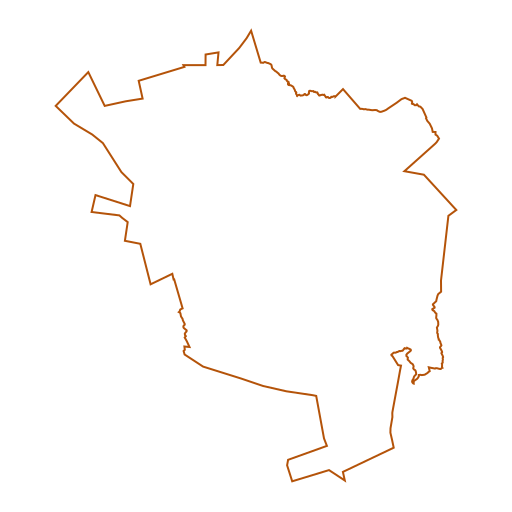 outline of Santa Isabel, Chihuahua, Mexico
{"feature_id": "50627088B95604835904920", "entity_name": "Santa Isabel", "entity_type": "district", "adm_level": 2, "iso_a3": "MEX", "parent_name": "Mexico", "parent_adm1": "Chihuahua", "projection": "mercator", "projection_center": [-106.302, 28.305], "detail": "fine", "context": "isolated", "style": "outline", "palette": "amber", "viewbox_px": 512, "rotation_deg": 0, "n_neighbors": 0, "source": "geoboundaries", "source_scale": "gbopen_adm2", "svg_char_len": 5834}
<svg xmlns="http://www.w3.org/2000/svg" viewBox="0 0 512 512"><path d="M55.7,105.9L74.0,123.6L92.2,134.5L102.9,143.1L121.4,172.1L133.3,184.0L130.0,206.1L95.5,195.1L91.6,212.0L119.4,215.4L122.2,217.9L127.7,222.1L124.9,240.8L140.3,243.8L150.6,284.3L172.3,273.8L173.6,279.5L174.2,279.4L182.6,308.4L181.4,308.9L180.2,309.6L179.6,311.5L178.9,312.1L180.1,312.8L180.3,313.1L180.5,313.6L180.6,314.4L181.0,316.4L181.6,317.4L182.5,318.7L182.9,320.4L184.7,323.9L184.7,324.7L184.3,325.1L183.7,325.6L183.4,326.4L183.4,327.0L183.5,327.5L183.8,328.0L186.6,330.3L186.7,330.9L186.4,331.6L185.8,332.2L185.2,333.0L184.8,333.7L185.0,335.1L185.4,335.4L185.7,335.8L185.8,336.3L185.3,336.7L184.7,337.5L186.8,341.2L189.5,347.0L184.4,346.5L184.8,349.8L183.6,351.0L184.6,354.5L203.1,366.6L241.0,378.5L263.1,386.0L286.4,391.3L312.8,395.2L316.2,395.9L324.0,438.4L326.9,445.9L288.1,459.8L287.1,465.3L292.2,481.3L329.0,470.1L344.8,480.5L342.9,471.9L393.7,447.7L392.1,440.1L390.4,432.7L390.5,428.3L392.4,417.1L392.3,413.1L392.4,412.1L396.0,392.6L397.7,383.5L400.1,370.2L401.0,365.6L398.1,365.1L392.6,356.3L392.1,355.8L391.6,355.5L391.4,355.0L391.4,354.6L392.5,353.8L393.5,352.8L394.0,352.6L394.7,352.7L395.6,352.7L395.9,352.5L396.5,352.3L396.7,352.1L396.9,352.0L397.6,352.0L398.6,351.4L399.4,351.0L399.7,351.0L399.9,351.1L400.1,351.2L401.7,350.8L402.3,350.8L402.6,350.7L403.0,350.3L403.6,349.4L403.9,349.2L404.1,348.7L404.5,348.4L404.6,348.2L405.0,348.3L405.3,348.5L405.5,348.4L406.0,348.3L406.3,348.3L406.5,348.5L407.1,348.3L407.2,347.9L408.3,348.5L409.5,348.9L409.8,349.2L410.5,349.4L410.8,349.8L410.9,350.3L410.5,351.0L407.3,353.5L406.4,354.7L406.4,356.0L407.1,356.6L407.7,357.4L407.9,357.6L407.9,357.9L407.6,359.1L407.7,359.6L409.3,361.1L410.0,362.0L410.7,362.9L411.7,363.5L412.7,364.2L413.2,365.1L413.5,365.9L413.6,366.5L413.5,367.0L413.2,368.2L413.8,369.3L415.3,370.3L415.7,371.1L415.9,372.0L416.1,373.1L416.1,374.3L415.2,375.3L414.5,376.0L413.9,377.0L413.6,378.2L413.1,379.3L412.6,379.9L412.4,380.5L412.1,381.3L412.3,382.3L413.1,383.3L413.4,383.5L413.7,383.6L413.7,381.5L414.1,380.9L414.8,380.4L416.9,379.0L417.6,378.3L418.2,377.4L418.8,376.3L418.8,375.0L420.2,374.8L421.7,375.1L424.2,374.8L425.1,374.5L425.8,374.0L427.0,373.3L427.6,372.9L428.3,372.1L429.7,371.2L428.8,367.3L430.9,367.8L434.1,368.4L435.0,368.6L435.4,368.3L435.8,368.2L436.9,368.2L438.7,368.7L440.1,369.0L440.6,369.0L440.9,368.9L441.7,368.0L441.9,367.9L442.4,367.8L442.0,366.8L442.1,364.7L442.0,364.1L441.8,363.8L441.8,363.5L442.6,362.8L442.7,362.5L442.7,362.1L442.6,361.3L442.6,360.7L442.8,360.1L442.9,359.4L442.7,358.4L442.7,357.9L443.1,357.3L443.1,356.9L442.6,355.6L441.4,353.2L441.5,352.9L441.8,352.7L442.1,352.3L442.1,352.0L441.9,351.2L441.5,350.7L441.1,349.6L440.3,348.4L440.0,347.7L440.0,347.3L440.2,346.9L441.1,345.9L441.4,345.4L441.1,344.4L440.5,343.1L440.2,341.6L439.2,340.0L438.7,339.7L438.7,338.7L438.2,337.8L437.9,335.8L437.8,334.8L437.9,334.3L437.9,334.0L437.4,333.4L437.2,332.9L437.2,332.2L437.4,331.1L437.4,330.4L436.9,327.6L437.9,325.9L438.2,325.0L438.3,324.4L438.2,323.1L438.2,322.0L437.8,320.9L437.5,320.1L436.5,318.7L436.2,318.1L436.2,317.4L436.4,315.3L436.4,313.6L435.7,313.1L435.1,312.5L434.3,311.2L433.6,310.7L432.7,310.2L432.3,309.6L432.3,309.1L434.6,307.7L434.6,307.1L434.2,306.5L433.3,305.4L432.9,304.8L432.9,304.3L436.2,301.2L436.6,299.2L437.5,295.7L438.2,294.1L441.1,291.7L441.0,280.5L448.4,215.8L456.3,210.0L423.9,174.7L404.4,171.2L435.3,143.6L436.7,142.1L439.0,138.6L437.2,135.7L435.5,134.6L435.5,132.0L432.7,131.9L432.0,128.4L429.7,123.7L427.3,120.9L426.0,118.2L426.4,117.5L422.6,109.0L420.4,106.7L418.7,106.3L418.2,105.6L417.7,105.2L417.0,104.3L416.2,105.2L414.8,105.2L414.4,104.7L413.8,104.5L413.4,104.1L413.2,104.0L412.5,104.0L411.9,103.7L411.9,103.3L412.2,102.4L412.2,102.0L411.9,101.2L411.7,100.8L405.0,97.8L403.3,98.5L402.8,98.6L401.4,99.2L396.6,102.8L388.2,108.4L386.3,109.8L384.4,110.7L383.2,111.1L381.6,111.7L380.2,111.9L379.4,111.7L377.4,110.7L376.9,110.2L376.1,110.1L375.1,110.0L372.6,110.2L371.3,110.1L369.0,109.7L367.5,109.7L365.4,109.1L363.9,109.3L362.9,109.0L362.3,108.9L361.7,108.8L361.1,108.9L360.2,108.9L343.0,89.1L335.5,96.6L335.5,96.3L335.4,96.2L333.9,96.2L332.4,96.9L332.0,97.0L331.6,96.8L331.3,96.8L330.5,97.8L329.9,98.0L328.9,97.9L328.4,97.7L327.9,97.0L326.9,97.1L326.2,97.5L326.0,97.4L325.8,97.2L325.4,96.4L324.8,95.6L324.2,94.7L323.3,95.0L322.5,94.7L322.0,94.8L320.1,95.2L319.8,95.5L319.3,95.5L319.0,95.4L318.3,94.2L318.0,94.1L317.8,93.8L317.6,93.0L317.3,92.4L317.1,92.3L316.4,92.5L316.0,92.4L315.1,91.8L314.3,92.0L314.1,92.0L313.9,91.6L313.4,91.1L312.2,91.2L311.3,91.1L310.5,90.8L309.6,90.8L309.2,91.0L308.9,92.3L309.0,93.3L308.9,93.6L308.5,94.1L307.0,95.1L306.6,95.2L306.1,95.1L305.7,94.8L305.3,94.2L305.0,94.0L304.7,94.0L304.2,94.3L303.9,94.8L303.6,95.0L302.6,95.4L301.2,95.5L300.9,95.6L300.5,95.6L299.9,95.2L299.5,94.8L299.2,94.8L297.8,95.3L297.5,95.5L297.4,95.7L297.1,96.0L297.0,95.9L297.0,95.2L296.3,94.1L296.1,93.9L296.0,93.6L296.1,93.0L296.3,92.7L296.2,92.4L296.1,92.1L295.8,92.0L295.3,91.4L295.0,90.8L294.8,89.9L293.7,88.0L293.4,87.1L292.7,86.4L291.8,85.9L290.8,85.3L290.2,85.2L289.2,85.1L288.6,85.0L288.2,84.6L288.0,84.3L288.0,84.0L289.1,84.2L289.0,83.3L288.2,82.3L288.2,82.1L288.4,81.9L288.1,81.6L287.4,81.4L286.9,80.8L286.7,80.1L286.4,79.8L285.3,79.2L284.5,78.4L284.4,78.2L285.0,76.6L284.7,76.1L284.4,75.9L283.9,75.7L283.6,75.9L283.2,75.8L282.3,76.0L281.7,76.0L280.9,75.8L280.2,75.4L279.5,74.8L278.7,73.8L278.5,73.4L277.7,72.9L276.3,71.6L275.4,71.2L272.4,68.5L272.0,67.7L271.5,65.2L271.2,64.6L270.3,64.0L268.1,63.0L267.5,63.0L264.9,62.0L264.4,62.1L263.3,62.8L262.9,62.8L262.3,62.7L260.7,62.6L251.1,30.7L246.6,38.2L239.2,48.0L223.3,65.0L217.3,65.1L218.5,52.4L205.6,54.5L205.5,65.1L183.4,65.1L184.4,66.9L138.7,80.8L142.6,98.6L125.7,101.3L104.7,105.9L88.3,72.1L55.7,105.9Z" fill="none" stroke="#b45309" stroke-width="2"/></svg>